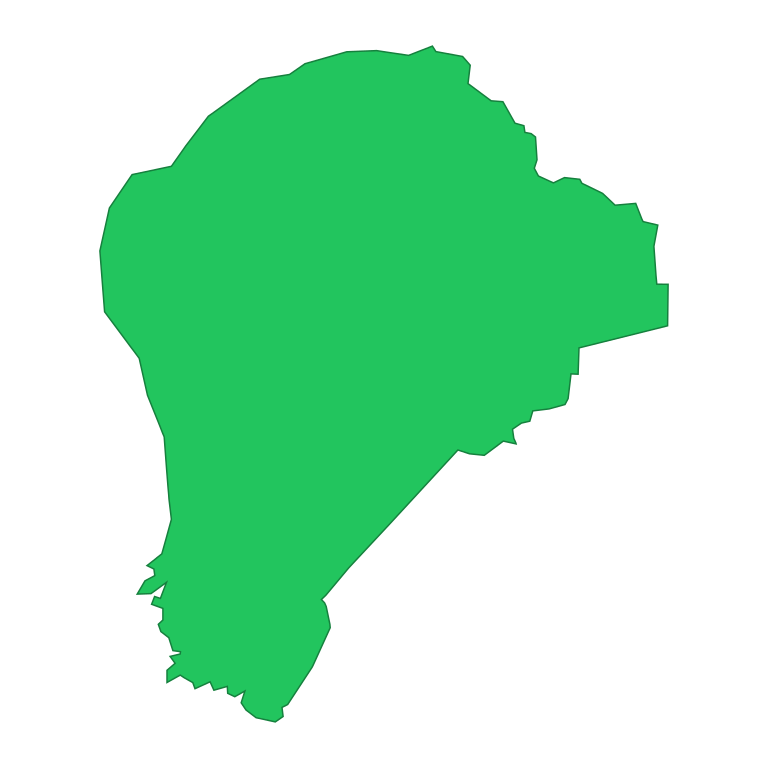 the district of Aguadilla, Puerto Rico
{"feature_id": "32010507B44125592347050", "entity_name": "Aguadilla", "entity_type": "district", "adm_level": 2, "iso_a3": "PRI", "parent_name": "Puerto Rico", "parent_adm1": "", "projection": "albers", "projection_center": [-67.126, 18.45], "detail": "fine", "context": "isolated", "style": "filled", "palette": "green", "viewbox_px": 768, "rotation_deg": 0, "n_neighbors": 0, "source": "geoboundaries", "source_scale": "gbopen_adm2", "svg_char_len": 1902}
<svg xmlns="http://www.w3.org/2000/svg" viewBox="0 0 768 768"><path d="M432.4,46.1L408.8,55.3L408.7,55.4L386.9,52.2L376.5,50.6L374.8,50.7L346.7,51.8L332.8,55.8L305.0,63.7L303.9,64.5L289.5,74.5L259.7,79.2L216.7,110.3L211.4,114.1L209.7,115.3L208.4,116.2L198.3,129.5L185.7,146.0L183.2,149.6L171.4,166.3L132.1,174.6L109.4,208.0L104.8,228.8L102.7,238.2L99.9,250.9L102.5,284.8L104.6,311.8L127.8,343.0L130.0,346.0L133.8,351.0L139.2,358.3L147.5,395.3L158.5,422.6L160.2,426.9L162.8,433.6L163.8,435.9L164.2,437.0L166.6,469.2L167.1,475.5L168.0,486.9L168.7,494.8L169.0,499.1L171.4,519.3L170.9,521.2L169.1,527.7L166.0,539.0L162.5,551.5L161.8,553.9L156.7,557.9L156.7,558.0L147.5,565.2L147.0,565.6L153.9,569.0L154.8,575.6L145.0,580.8L137.2,594.1L151.0,593.6L166.5,582.3L160.4,598.4L154.6,596.5L151.6,604.3L162.9,608.4L162.9,620.0L158.3,624.3L160.9,631.6L168.8,637.7L172.9,650.6L180.5,651.7L180.2,654.0L170.1,656.4L175.1,663.3L167.0,670.3L167.0,682.5L180.2,675.1L184.3,677.8L192.8,682.6L195.0,688.7L210.1,681.8L213.9,690.2L227.3,686.4L227.7,693.3L234.8,696.7L244.9,691.0L241.2,702.8L246.0,710.0L256.1,717.7L275.3,721.9L283.1,716.5L282.0,707.4L287.7,704.5L287.8,704.3L312.0,667.4L312.9,665.7L330.2,627.7L329.9,624.3L326.3,607.0L326.2,606.5L324.6,602.9L321.4,599.5L325.8,595.3L348.8,567.8L389.1,524.6L457.9,450.0L469.5,453.8L484.3,455.3L503.3,441.1L516.1,443.9L515.8,442.8L513.8,438.4L512.5,429.2L521.4,423.1L529.8,421.2L532.8,410.9L549.1,408.9L565.0,404.5L568.1,398.6L571.0,373.9L578.1,374.2L579.0,347.9L667.6,325.8L668.1,284.3L656.8,284.2L656.0,275.7L653.9,246.3L657.8,225.1L643.1,221.6L641.9,219.2L635.7,203.4L615.1,205.2L602.6,193.4L581.9,183.3L579.8,179.3L564.5,177.6L553.4,182.9L538.4,176.0L534.3,168.3L537.0,159.8L535.5,137.0L531.1,133.6L524.9,132.4L523.9,125.7L515.0,123.2L502.9,101.7L491.1,100.8L468.0,83.6L470.2,65.2L462.6,56.5L435.9,51.6L432.4,46.1Z" fill="#22c55e" stroke="#15803d" stroke-width="1.5"/></svg>